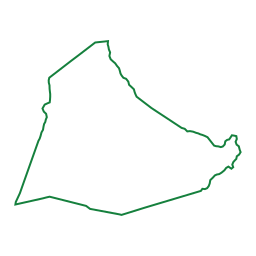 outline of Major Isidoro, Alagoas, Brazil
{"feature_id": "56859067B9836424161679", "entity_name": "Major Isidoro", "entity_type": "district", "adm_level": 2, "iso_a3": "BRA", "parent_name": "Brazil", "parent_adm1": "Alagoas", "projection": "natural_earth1", "projection_center": [-36.973, -9.523], "detail": "fine", "context": "isolated", "style": "outline", "palette": "green", "viewbox_px": 256, "rotation_deg": 0, "n_neighbors": 0, "source": "geoboundaries", "source_scale": "gbopen_adm2", "svg_char_len": 1516}
<svg xmlns="http://www.w3.org/2000/svg" viewBox="0 0 256 256"><path d="M90.1,208.9L119.6,214.4L121.5,214.9L145.0,207.6L200.9,190.9L202.4,188.8L204.9,189.1L207.1,188.2L208.7,186.1L209.7,183.5L210.3,180.1L212.8,177.7L214.9,175.4L216.9,174.5L219.2,174.1L221.6,172.6L224.4,170.3L226.2,167.9L228.4,166.6L231.4,168.7L233.2,167.2L232.3,164.6L233.3,162.1L234.8,160.4L236.3,158.9L236.8,156.3L239.1,154.6L240.6,152.1L239.7,149.8L238.8,146.3L236.6,144.6L235.6,141.8L236.8,139.0L236.3,136.1L234.0,135.6L231.9,135.3L230.7,137.2L229.2,139.4L227.1,139.9L225.3,141.3L224.7,144.5L222.8,146.5L220.8,147.1L218.4,146.4L216.1,146.2L214.1,145.6L207.5,137.2L204.6,135.8L202.3,134.9L200.2,134.3L198.3,133.4L196.0,132.8L193.2,131.7L189.9,131.1L187.3,131.4L184.7,128.8L181.6,127.9L166.0,117.6L157.3,111.9L151.4,108.0L136.6,96.7L135.4,94.1L134.6,92.0L133.9,89.3L131.5,87.0L129.1,84.8L128.3,81.6L126.1,78.8L123.4,77.8L121.6,75.5L120.5,73.5L119.8,70.7L119.0,68.2L117.0,65.9L115.2,63.3L113.1,61.5L110.7,59.3L109.4,56.0L110.1,52.4L108.9,49.5L108.4,46.7L107.7,44.4L108.0,41.1L95.2,42.5L76.4,56.9L71.6,60.5L69.4,62.2L49.3,77.7L48.7,80.2L48.8,82.7L49.5,85.3L49.6,88.9L49.9,91.6L50.2,94.0L50.2,96.8L50.0,100.0L49.7,102.4L47.5,103.3L44.7,104.6L42.5,108.5L43.8,111.6L46.1,113.8L46.8,117.2L45.8,119.6L45.3,121.9L44.1,124.0L43.5,126.7L43.0,129.8L41.5,132.4L40.5,136.2L39.6,138.8L38.5,140.7L22.6,185.5L19.9,193.2L15.8,202.0L15.4,204.5L43.1,198.3L46.1,197.5L49.6,196.7L54.4,197.9L86.1,205.9L90.1,208.9Z" fill="none" stroke="#15803d" stroke-width="2"/></svg>